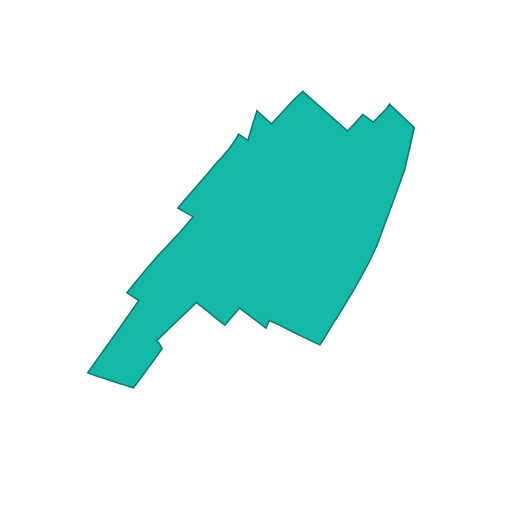 the district of Calmatuiu De Sus, Teleorman, Romania, rotated 319°
{"feature_id": "2599482B3136924676864", "entity_name": "Calmatuiu De Sus", "entity_type": "district", "adm_level": 2, "iso_a3": "ROU", "parent_name": "Romania", "parent_adm1": "Teleorman", "projection": "natural_earth1", "projection_center": [24.795, 44.054], "detail": "fine", "context": "isolated", "style": "filled", "palette": "teal", "viewbox_px": 512, "rotation_deg": 319, "n_neighbors": 0, "source": "geoboundaries", "source_scale": "gbopen_adm2", "svg_char_len": 2310}
<svg xmlns="http://www.w3.org/2000/svg" viewBox="0 0 512 512"><g transform="rotate(319 256 256)"><path d="M149.4,196.4L148.5,196.6L145.9,197.0L139.7,198.1L136.3,198.7L134.5,199.0L135.4,202.3L138.2,212.7L132.5,214.1L102.7,221.6L85.0,225.8L82.9,226.3L63.7,231.0L58.2,232.3L54.4,233.2L52.3,233.8L52.4,234.0L52.6,234.3L52.8,234.5L53.0,235.1L53.4,235.7L54.1,237.0L54.6,237.8L55.4,239.2L55.9,240.1L56.4,241.0L56.6,241.5L56.9,241.9L57.2,242.4L57.4,242.8L57.9,243.6L58.5,244.5L59.0,245.3L59.3,245.8L59.7,246.4L59.9,246.9L60.4,247.7L60.9,248.6L61.3,249.2L61.9,250.2L62.4,251.1L63.3,252.6L64.4,254.5L66.0,257.2L67.0,258.8L68.1,260.7L68.6,261.6L69.6,263.2L71.3,265.7L76.9,275.2L80.3,274.4L87.4,272.9L94.2,271.3L94.5,271.2L99.0,270.2L110.8,267.6L114.0,266.8L118.5,265.7L120.6,265.2L124.5,264.3L124.8,262.5L125.1,261.3L125.7,257.5L125.6,257.1L125.1,254.7L138.6,254.1L158.7,253.1L180.5,252.1L180.6,252.6L182.0,259.8L183.3,266.7L185.0,277.2L187.1,287.8L201.9,285.6L209.4,284.5L211.2,293.2L214.0,306.2L216.2,317.1L223.6,313.4L226.6,319.5L230.2,327.8L231.6,331.5L232.1,333.1L233.8,337.0L235.0,340.0L236.7,344.0L237.1,344.8L238.2,347.3L239.6,350.5L241.0,353.6L241.9,355.8L243.0,358.6L246.0,365.0L248.7,364.1L251.8,363.5L259.6,360.9L261.2,360.4L267.2,358.4L275.8,355.7L275.9,355.9L284.2,353.3L298.0,348.8L308.5,345.5L314.4,343.3L322.4,340.4L332.7,336.6L336.5,335.1L352.3,328.2L354.9,327.1L369.8,318.8L384.7,310.7L424.6,288.6L424.9,288.4L456.1,265.7L459.3,263.3L459.7,263.0L459.7,262.7L458.5,250.8L456.4,228.9L452.9,230.1L444.2,231.0L435.1,231.7L433.4,231.8L432.3,231.9L429.5,219.3L429.5,219.2L414.0,221.0L407.1,221.8L403.1,191.3L399.3,162.4L387.7,162.7L376.5,164.0L355.5,166.3L354.3,166.4L352.0,147.0L350.7,147.8L346.7,150.2L340.7,153.9L335.3,157.4L330.7,160.2L325.8,163.5L324.8,160.1L322.8,152.6L322.1,152.8L318.1,154.4L310.2,156.4L306.1,157.4L302.8,157.8L295.1,159.1L292.8,159.3L290.6,159.5L284.4,160.2L281.6,160.7L279.9,161.0L271.1,162.4L263.8,163.4L261.0,163.8L252.0,165.1L238.8,166.9L228.4,168.6L230.2,173.6L232.5,180.0L234.3,185.1L224.0,186.7L215.4,188.0L211.4,188.5L207.1,188.9L202.8,189.3L196.2,190.0L192.3,190.4L188.7,190.7L184.4,191.2L180.6,191.6L170.5,193.1L168.6,193.4L168.0,193.5L165.2,193.9L159.4,194.8L155.3,195.5L155.1,195.5L152.1,196.0L149.4,196.4Z" fill="#14b8a6" stroke="#0f766e" stroke-width="1.5"/></g></svg>